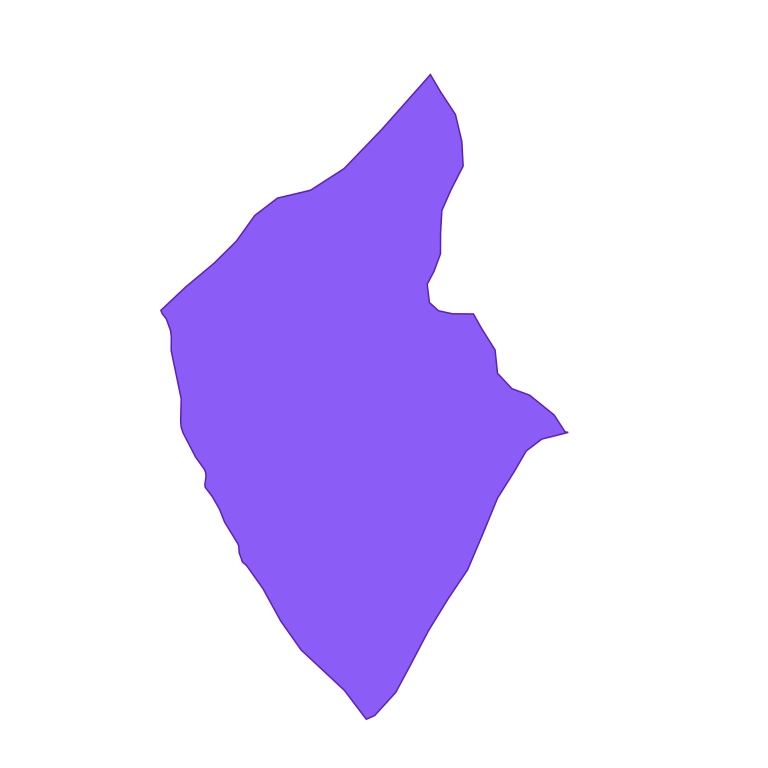 map outline of Surt (Albers equal-area conic projection), rotated 222°
{"feature_id": "LBY-2985", "entity_name": "Surt", "entity_type": "Municipality", "adm_level": 1, "iso_a3": "LBY", "parent_name": "Libya", "parent_adm1": "", "projection": "albers", "projection_center": [17.512, 29.873], "detail": "fine", "context": "isolated", "style": "filled", "palette": "violet", "viewbox_px": 768, "rotation_deg": 222, "n_neighbors": 0, "source": "natural_earth", "source_scale": "10m", "svg_char_len": 1107}
<svg xmlns="http://www.w3.org/2000/svg" viewBox="0 0 768 768"><g transform="rotate(222 384 384)"><path d="M172.9,123.0L208.3,129.8L267.7,130.9L302.0,138.7L337.0,150.9L364.4,157.1L370.1,157.0L371.6,157.7L372.7,158.5L378.6,161.6L383.2,166.1L384.9,167.1L386.3,167.7L410.0,174.7L422.5,180.9L436.1,185.4L447.8,187.6L449.9,189.5L454.4,196.2L457.3,198.9L460.5,200.4L475.0,203.6L500.6,213.2L506.0,216.3L510.4,220.5L524.8,237.3L564.5,266.4L573.5,276.6L578.4,280.9L589.1,286.6L595.9,287.9L599.1,289.4L596.3,323.4L591.1,360.0L589.3,391.4L592.8,422.8L587.6,450.8L568.3,478.8L557.8,517.3L556.0,571.6L556.5,641.8L556.6,645.0L537.6,639.0L511.3,632.1L488.5,616.4L471.0,598.9L464.0,572.7L457.1,551.7L443.1,534.2L429.1,518.5L422.2,501.1L418.7,487.1L404.7,474.9L392.5,474.9L380.2,481.9L364.4,495.9L348.7,490.6L324.2,483.6L306.8,467.9L285.8,466.1L268.3,473.1L236.7,474.8L217.5,469.6L214.7,471.3L229.9,448.6L233.5,429.4L228.4,405.0L223.3,375.3L209.6,336.9L197.6,302.0L192.6,267.1L185.9,230.6L175.7,190.5L168.9,162.7L169.1,131.4L172.0,124.8L172.9,123.0L172.9,123.0Z" fill="#8b5cf6" stroke="#5b21b6" stroke-width="1.5"/></g></svg>